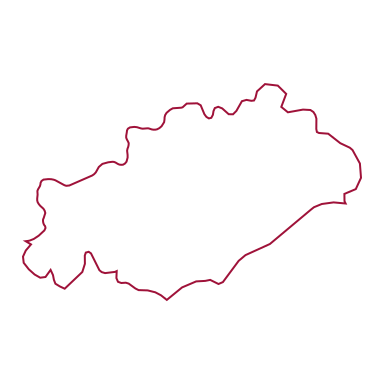 map outline of Hérault (orthographic projection)
{"feature_id": "FRA-5307", "entity_name": "Hérault", "entity_type": "Metropolitan department", "adm_level": 1, "iso_a3": "FRA", "parent_name": "France", "parent_adm1": "", "projection": "orthographic", "projection_center": [3.158, 43.595], "detail": "fine", "context": "isolated", "style": "outline", "palette": "rose", "viewbox_px": 384, "rotation_deg": 0, "n_neighbors": 0, "source": "natural_earth", "source_scale": "10m", "svg_char_len": 2276}
<svg xmlns="http://www.w3.org/2000/svg" viewBox="0 0 384 384"><path d="M345.6,203.5L333.6,202.4L321.8,204.0L314.0,207.2L311.2,209.4L269.9,244.0L245.5,255.1L238.7,260.8L222.9,282.1L218.5,284.0L210.2,279.9L205.2,280.9L196.2,281.4L182.1,287.4L166.8,299.9L161.0,295.3L155.3,292.3L147.7,290.4L138.6,290.1L135.4,288.5L128.7,283.6L125.8,282.7L121.3,283.0L118.0,281.8L116.4,278.1L116.7,271.1L115.0,271.9L105.1,273.1L101.7,272.1L99.4,270.2L91.0,253.4L88.7,251.8L85.8,252.6L84.8,255.6L84.9,263.8L82.3,272.0L64.7,288.7L59.8,286.4L55.4,283.7L53.9,279.8L53.0,275.1L50.6,269.9L45.5,277.0L40.2,277.7L34.6,274.5L28.8,269.3L23.7,262.8L23.0,256.6L25.8,250.5L31.0,244.4L25.7,241.2L28.1,240.9L29.6,240.6L33.7,239.0L38.7,235.7L44.4,230.4L45.5,228.0L45.3,226.9L45.0,226.0L44.3,225.2L43.5,223.6L43.1,221.9L43.0,220.2L43.1,219.4L43.2,219.1L43.3,218.9L43.7,218.0L45.3,213.0L44.6,210.6L43.4,208.7L40.2,205.8L38.8,204.1L37.7,202.3L37.2,200.4L37.2,198.5L37.6,194.7L37.4,191.0L38.0,189.4L39.9,186.2L40.4,184.5L40.6,182.8L41.5,181.0L43.5,179.6L48.3,179.1L51.2,179.2L53.7,179.7L55.4,180.3L64.4,185.2L66.2,185.8L69.3,185.5L92.2,175.5L94.1,174.2L95.8,172.4L98.8,167.0L102.4,163.9L108.2,162.3L112.3,161.8L113.9,161.9L115.5,162.5L117.8,163.9L119.4,164.6L121.1,164.8L123.0,164.7L124.9,163.6L126.5,161.7L127.6,157.6L127.6,155.0L127.1,150.7L127.5,148.7L128.2,146.9L128.6,145.0L128.7,143.1L127.9,141.3L126.9,139.5L126.2,137.7L126.2,135.8L126.8,132.3L127.0,130.5L127.9,128.7L130.0,127.4L134.3,126.9L137.0,127.2L140.9,128.4L142.6,128.7L147.6,128.3L148.7,128.4L151.7,129.4L153.5,129.7L155.2,129.7L157.1,129.3L159.4,128.1L161.6,126.2L164.1,122.2L164.5,119.5L164.6,117.2L165.2,115.0L166.6,112.8L170.0,109.9L172.8,108.3L181.2,107.7L182.6,107.3L186.7,103.6L197.3,103.3L200.7,105.3L204.4,114.2L206.4,116.9L208.9,118.4L211.3,117.8L212.9,114.8L213.5,111.1L214.8,108.1L218.2,106.8L222.2,108.4L228.7,114.2L233.0,114.3L236.4,110.9L241.9,101.2L246.5,99.9L251.3,100.8L254.0,100.5L255.5,97.7L257.0,91.4L265.0,84.1L277.8,85.6L286.2,93.9L281.3,106.9L287.9,112.3L303.0,109.6L310.4,110.0L313.4,112.0L315.3,115.0L316.4,118.7L316.3,129.0L316.9,132.0L319.0,133.0L328.2,133.7L340.3,143.2L349.8,147.7L352.5,150.0L359.9,163.5L361.0,177.8L355.8,189.1L344.4,193.9L344.5,201.2L345.6,203.5Z" fill="none" stroke="#9f1239" stroke-width="2"/></svg>